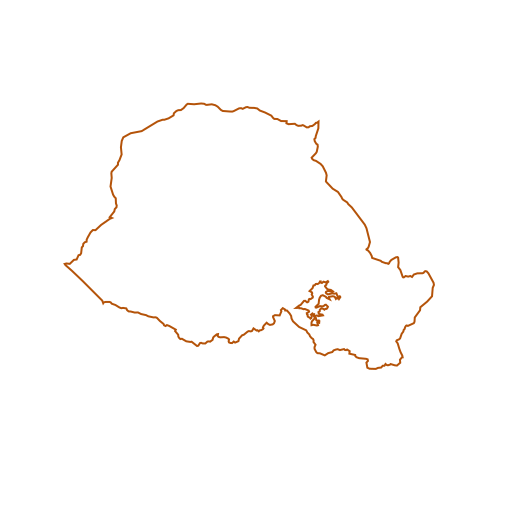 the district of Kyerwa, Kagera, United Republic of Tanzania, rotated 314°
{"feature_id": "72390352B12398012816015", "entity_name": "Kyerwa", "entity_type": "district", "adm_level": 2, "iso_a3": "TZA", "parent_name": "United Republic of Tanzania", "parent_adm1": "Kagera", "projection": "robinson", "projection_center": [30.816, -1.299], "detail": "fine", "context": "isolated", "style": "outline", "palette": "amber", "viewbox_px": 512, "rotation_deg": 314, "n_neighbors": 0, "source": "geoboundaries", "source_scale": "gbopen_adm2", "svg_char_len": 6147}
<svg xmlns="http://www.w3.org/2000/svg" viewBox="0 0 512 512"><g transform="rotate(314 256 256)"><path d="M396.1,207.6L394.2,207.3L393.4,206.6L391.7,206.7L388.7,206.2L386.7,204.6L385.1,204.4L383.8,203.2L382.9,199.3L382.4,198.5L381.3,198.1L379.0,196.0L378.3,194.2L378.1,192.1L373.4,187.8L372.6,185.7L374.3,184.4L370.5,180.3L369.4,176.2L367.3,173.9L367.2,172.2L367.6,169.5L365.5,162.8L363.3,157.7L363.0,154.4L361.2,151.7L358.1,148.4L357.2,146.3L356.0,145.4L352.6,144.2L352.0,142.6L350.5,141.3L344.7,139.3L343.4,138.6L342.0,137.1L337.2,131.3L336.7,129.2L336.8,124.7L336.2,122.0L334.4,118.8L330.6,115.7L330.0,115.0L329.5,113.0L327.6,110.6L322.2,106.1L318.1,101.2L316.7,100.9L312.1,101.2L308.8,100.6L306.9,98.8L305.0,98.0L301.6,97.8L299.9,99.0L294.3,97.5L290.3,95.4L289.2,94.2L284.3,91.7L266.4,87.0L257.3,80.6L249.2,78.1L245.5,79.5L240.4,83.3L235.7,88.8L230.1,91.2L227.2,91.9L225.8,93.3L216.4,93.6L215.0,94.5L211.9,98.0L204.9,103.1L200.9,110.5L200.2,112.8L200.1,115.0L196.5,118.8L195.6,120.7L194.1,121.8L191.7,121.8L189.6,123.1L182.4,123.8L183.2,125.9L181.1,125.0L170.9,123.0L163.1,122.6L161.3,120.6L158.0,120.6L152.6,122.0L150.2,122.8L148.6,124.2L147.0,123.3L144.8,123.3L142.9,124.7L141.2,124.7L136.5,128.3L134.7,128.7L133.3,127.8L128.9,129.4L126.7,127.7L121.0,127.5L118.9,124.8L117.4,123.9L117.1,125.3L117.5,133.9L117.6,148.7L117.1,176.4L115.9,178.9L116.9,178.7L118.6,179.8L121.2,182.5L121.7,183.7L121.5,185.4L123.1,188.9L124.1,193.5L124.9,195.4L126.3,196.4L128.2,199.1L127.5,201.0L127.7,202.9L129.0,204.4L131.1,208.1L133.4,210.3L134.4,213.6L137.1,218.0L137.8,220.4L140.6,224.9L142.2,226.4L142.7,227.7L142.5,232.0L142.9,236.7L142.3,238.0L142.8,239.6L144.4,239.9L145.4,242.1L147.3,249.5L145.8,249.9L145.3,254.7L144.1,256.1L143.7,257.5L143.7,259.3L145.0,260.2L146.2,265.1L148.6,268.5L149.6,269.2L150.3,276.1L151.4,276.8L154.4,276.2L155.4,276.8L156.0,278.3L157.9,280.3L160.7,280.5L161.9,281.5L162.5,282.5L165.5,283.0L167.7,281.8L169.1,281.8L172.4,282.2L173.4,282.9L171.9,283.9L171.8,285.2L172.6,286.7L175.5,289.4L176.5,291.0L177.2,293.1L177.3,294.5L175.6,295.6L175.1,296.6L175.7,298.1L176.8,299.3L179.0,299.4L179.2,301.1L181.3,302.0L182.5,302.5L184.8,301.2L189.4,301.1L190.8,301.9L195.8,302.5L197.0,303.0L198.2,304.7L199.4,305.2L202.2,304.5L202.8,308.2L203.6,308.6L203.7,310.3L205.0,310.3L206.2,311.2L208.1,311.8L209.1,311.7L209.4,310.6L211.3,310.0L215.4,310.0L215.5,312.0L216.1,313.9L218.4,315.5L220.1,315.7L222.3,314.7L223.9,310.7L224.5,310.1L226.6,310.7L229.7,314.3L233.8,312.7L234.4,311.5L237.1,311.5L237.7,314.2L237.1,314.8L238.3,316.2L238.0,320.1L237.3,322.9L235.7,325.0L234.7,328.0L234.9,336.3L237.4,343.8L236.6,346.1L236.6,348.8L235.8,350.6L235.6,352.9L235.9,354.8L235.3,356.1L234.1,357.1L233.5,360.5L231.1,361.4L229.9,362.6L228.7,366.2L228.8,367.7L230.4,369.6L232.3,374.5L236.3,375.4L239.9,377.6L242.0,377.4L244.3,378.5L245.7,379.5L246.6,381.7L250.2,384.0L250.2,385.3L250.9,386.2L252.0,386.5L252.6,389.5L250.6,391.0L253.7,396.1L253.0,397.0L253.0,398.6L254.1,401.1L258.5,406.6L259.2,408.1L258.3,409.4L256.0,409.5L253.0,413.7L253.8,416.0L258.0,420.6L260.3,421.5L262.7,423.5L265.1,423.4L266.3,424.6L268.3,424.2L268.3,425.5L269.0,426.8L271.0,427.9L271.8,427.9L273.8,431.8L275.1,433.5L279.4,433.9L281.4,431.6L284.6,431.4L285.0,431.8L286.0,430.4L287.2,426.9L288.9,423.4L291.6,418.6L292.0,416.2L293.1,415.8L295.4,416.8L296.8,416.9L301.3,414.8L303.9,414.5L305.4,413.6L306.7,413.6L308.4,412.7L310.1,412.4L310.8,412.7L311.2,413.8L317.3,416.2L318.8,415.7L322.1,412.9L330.9,411.7L333.3,409.8L342.1,410.8L349.3,410.6L355.9,405.2L358.8,404.1L360.1,402.3L363.3,392.1L363.5,389.5L362.8,388.4L362.2,388.1L360.2,388.2L359.2,387.7L355.6,384.1L352.3,382.4L349.3,382.8L348.8,380.9L346.9,379.8L345.5,377.5L343.4,377.2L342.9,376.8L342.9,376.0L346.2,369.5L346.7,366.0L350.3,363.2L353.6,359.3L353.5,358.5L352.1,357.5L347.2,356.1L344.8,356.2L343.0,356.8L342.2,356.6L341.9,355.3L341.0,354.4L339.2,350.5L339.2,349.1L335.3,340.9L336.4,339.2L337.5,335.9L337.8,332.8L337.3,331.2L337.5,330.8L339.4,331.0L340.9,330.6L345.2,328.3L352.7,316.2L354.1,312.5L357.5,291.2L357.4,286.3L357.9,284.4L357.0,279.6L357.1,278.2L357.8,276.5L359.0,270.5L357.7,264.4L358.1,255.2L358.3,254.4L363.1,250.8L364.5,248.5L366.9,241.7L367.1,238.5L366.1,233.1L365.0,230.9L364.9,228.9L365.4,227.7L371.5,227.7L373.2,227.3L377.6,224.5L378.9,222.9L378.6,221.4L379.4,218.5L380.6,216.8L382.3,216.8L383.8,215.7L391.1,212.2L396.1,207.6ZM272.2,319.0L274.7,317.8L275.8,318.6L277.3,318.4L278.1,319.0L278.6,319.8L279.6,320.1L280.7,320.2L282.2,319.7L282.6,320.2L282.2,320.5L282.0,321.6L282.5,322.2L284.4,322.4L285.5,324.5L287.8,325.1L287.6,325.9L285.3,325.8L284.2,326.6L282.7,326.4L282.1,326.8L281.7,329.9L282.1,331.3L283.6,333.4L284.0,336.0L283.6,335.9L280.9,332.1L279.8,331.5L278.8,331.3L278.1,331.7L277.9,332.5L278.3,334.3L282.1,336.8L283.4,338.6L285.0,339.7L283.7,342.6L284.3,344.0L285.0,344.0L285.3,344.6L285.0,345.2L282.7,345.6L282.9,345.0L282.3,344.6L282.4,343.8L282.0,343.3L280.6,343.3L281.3,341.2L281.1,340.3L280.4,339.2L277.2,336.8L276.7,337.0L276.0,339.1L274.9,335.9L275.2,334.6L274.2,331.3L272.6,330.4L270.3,330.8L268.4,331.7L265.1,334.3L260.8,334.1L260.4,334.7L260.8,335.3L264.4,336.8L265.8,338.7L267.0,339.4L268.8,339.6L269.5,340.1L269.5,342.9L268.8,343.3L267.0,343.5L266.1,342.6L264.9,342.5L264.7,341.0L263.6,339.3L261.6,339.3L260.4,340.3L259.0,339.9L258.3,340.9L258.1,341.7L260.0,344.6L259.8,345.4L256.0,342.6L255.6,341.2L253.7,339.8L253.2,340.0L253.1,342.0L251.7,344.0L252.0,345.0L253.3,346.0L253.3,346.7L251.9,347.8L251.6,346.8L250.7,346.3L249.3,348.7L248.3,348.1L246.3,345.0L244.8,344.0L246.5,342.3L247.9,341.6L251.9,341.6L252.6,341.0L252.9,339.4L254.3,338.3L253.9,338.1L253.9,336.5L252.0,336.3L251.8,337.7L249.7,338.9L248.8,338.7L249.0,337.9L248.4,335.4L248.8,334.6L249.5,334.2L249.5,333.1L250.2,332.2L252.2,332.9L253.0,332.7L253.3,331.7L251.8,327.9L250.8,327.2L249.7,324.7L248.5,323.5L248.8,323.0L248.6,322.2L247.6,322.0L246.5,320.9L250.5,321.5L251.8,322.1L257.1,321.7L258.0,322.6L258.1,324.8L258.5,325.2L259.6,325.4L261.5,324.2L262.2,324.2L262.9,325.2L265.5,325.7L266.3,325.1L267.0,322.8L268.3,322.3L268.7,321.5L268.0,318.9L272.2,319.0Z" fill="none" stroke="#b45309" stroke-width="2"/></g></svg>